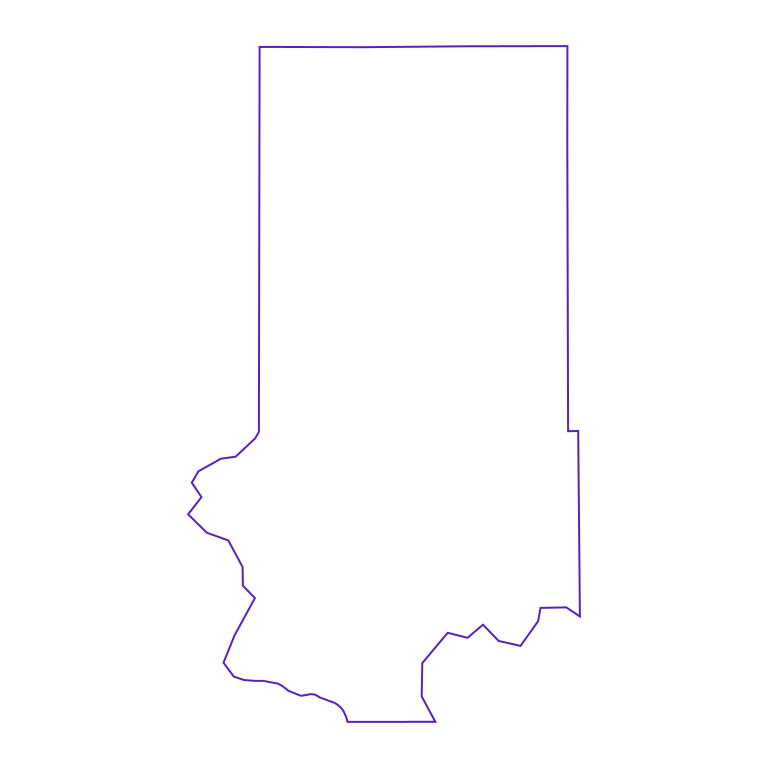 the district of Trempealeau, Wisconsin, United States of America
{"feature_id": "52423323B76449700751591", "entity_name": "Trempealeau", "entity_type": "district", "adm_level": 2, "iso_a3": "USA", "parent_name": "United States of America", "parent_adm1": "Wisconsin", "projection": "equal_earth", "projection_center": [-91.426, 44.291], "detail": "fine", "context": "isolated", "style": "outline", "palette": "violet", "viewbox_px": 768, "rotation_deg": 0, "n_neighbors": 0, "source": "geoboundaries", "source_scale": "gbopen_adm2", "svg_char_len": 770}
<svg xmlns="http://www.w3.org/2000/svg" viewBox="0 0 768 768"><path d="M259.6,46.9L258.9,431.9L255.2,438.3L235.6,456.7L220.9,458.7L198.4,471.3L191.8,482.7L201.5,497.1L188.1,514.3L206.9,532.8L228.3,540.4L242.6,567.0L242.9,585.7L254.9,598.1L234.5,635.5L223.5,662.7L233.8,676.6L244.0,680.0L255.3,680.9L263.3,680.9L278.0,683.6L282.2,685.9L288.3,690.7L300.3,695.6L302.3,695.7L310.8,694.1L315.0,694.6L320.2,697.6L334.6,702.9L337.3,704.6L341.4,708.1L343.6,711.3L346.3,717.3L347.2,721.0L347.6,721.9L435.3,721.8L421.7,696.4L422.3,663.1L447.7,632.8L467.5,637.8L483.0,624.7L498.7,641.0L520.5,645.9L538.1,621.2L540.5,607.9L566.3,607.4L579.9,616.5L578.2,431.0L568.1,431.2L567.3,141.9L567.4,46.1L465.1,46.3L362.5,47.2L259.6,46.9Z" fill="none" stroke="#5b21b6" stroke-width="2"/></svg>